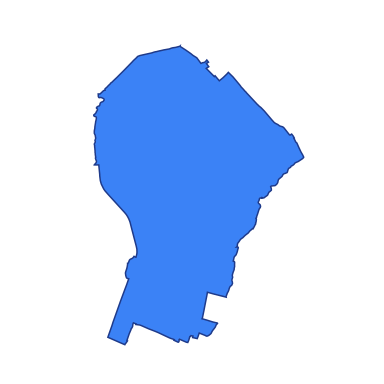 the district of Dimacheni, Botosani, Romania, rotated 256°
{"feature_id": "2599482B21601290195864", "entity_name": "Dimacheni", "entity_type": "district", "adm_level": 2, "iso_a3": "ROU", "parent_name": "Romania", "parent_adm1": "Botosani", "projection": "albers", "projection_center": [26.55, 47.903], "detail": "fine", "context": "isolated", "style": "filled", "palette": "blue", "viewbox_px": 384, "rotation_deg": 256, "n_neighbors": 0, "source": "geoboundaries", "source_scale": "gbopen_adm2", "svg_char_len": 6005}
<svg xmlns="http://www.w3.org/2000/svg" viewBox="0 0 384 384"><g transform="rotate(256 192 192)"><path d="M293.8,259.6L299.3,256.2L298.1,254.5L295.4,249.8L293.3,245.4L299.2,242.5L298.6,241.6L308.5,235.7L309.5,238.6L313.2,237.1L314.0,239.4L316.5,238.3L315.6,237.1L315.2,236.5L314.9,235.7L314.8,234.9L314.9,233.4L314.6,231.8L321.1,229.1L324.3,226.0L326.6,224.3L331.2,220.3L335.9,215.9L336.3,215.6L336.5,215.7L336.4,215.5L336.3,213.8L336.3,210.8L336.4,210.0L336.5,209.1L336.6,207.6L336.5,206.0L336.3,205.0L336.3,204.3L336.4,203.1L336.7,198.9L336.7,197.4L336.8,194.0L336.8,191.5L336.9,190.3L336.9,189.0L336.7,186.6L336.8,182.7L336.9,179.2L337.0,174.4L336.7,172.2L336.5,171.7L336.0,171.1L335.1,169.5L334.0,167.5L333.7,166.9L333.1,166.1L326.4,155.3L323.3,150.1L321.3,146.8L319.9,144.3L319.2,143.1L317.8,140.7L317.3,139.3L317.2,139.2L316.9,139.0L316.6,138.6L315.5,136.6L314.6,135.3L313.2,132.7L312.9,132.4L311.8,132.3L311.8,131.4L311.8,130.9L311.7,130.6L309.5,126.7L309.4,126.4L309.5,125.9L309.8,124.7L307.2,124.2L306.7,124.3L306.3,124.4L306.1,124.6L305.9,125.0L305.8,126.5L305.3,127.2L304.7,128.0L303.9,128.8L303.4,129.1L302.9,129.1L302.5,129.0L301.7,128.1L301.4,127.7L301.2,126.9L301.1,125.7L300.8,125.2L300.7,124.8L300.5,124.6L299.5,123.9L299.1,123.8L298.8,123.7L298.1,123.0L298.0,122.7L297.9,121.6L297.6,120.8L297.4,120.6L297.3,120.0L297.1,119.8L296.4,119.6L296.2,119.7L295.7,120.2L295.3,120.3L294.7,120.2L294.2,119.9L293.9,119.7L293.4,118.9L293.0,118.6L292.5,118.4L291.8,117.6L291.2,116.7L290.5,115.3L290.1,115.2L289.4,115.3L289.1,115.6L288.8,115.9L288.6,116.5L288.4,116.8L287.9,117.1L287.3,117.2L286.8,117.1L284.5,116.1L284.0,115.7L282.9,115.3L278.9,113.6L277.0,113.0L276.1,112.5L275.7,112.4L274.8,111.9L274.0,111.8L273.1,111.5L272.6,111.4L272.0,111.5L270.5,111.8L269.8,111.8L268.7,111.6L268.3,111.7L267.8,111.6L267.3,111.5L266.7,111.1L265.4,110.3L264.5,110.4L263.7,110.1L263.2,109.7L262.6,109.1L262.1,108.8L261.2,108.7L260.4,108.8L259.3,108.4L258.4,108.4L256.8,108.1L255.4,107.9L253.7,107.5L253.0,107.5L251.6,107.2L249.4,107.0L249.0,107.0L248.7,106.9L248.5,106.6L248.3,106.5L247.3,106.5L246.1,106.6L245.1,106.8L244.1,106.4L243.7,106.1L243.1,105.4L242.7,104.8L242.1,103.8L241.9,103.7L240.8,108.1L231.4,106.7L230.0,106.4L225.2,105.8L221.7,105.9L217.4,106.8L215.9,107.2L214.1,107.9L210.2,109.9L188.5,121.6L186.0,122.8L183.9,123.5L181.5,124.1L178.7,124.5L177.5,124.6L173.9,124.6L172.1,124.6L152.9,124.8L149.9,124.7L147.5,124.2L146.0,123.8L144.5,123.1L142.3,121.8L142.9,120.9L143.6,120.2L142.8,119.3L142.6,119.1L142.0,117.8L141.8,116.4L141.6,115.7L141.2,115.0L140.7,114.5L140.1,114.2L139.3,113.5L138.7,113.2L138.4,112.7L138.4,112.2L137.7,112.1L136.7,111.7L135.3,111.1L133.7,110.3L130.5,108.3L129.5,107.8L127.7,107.6L127.0,107.5L125.2,107.6L124.6,107.7L124.0,108.1L123.1,109.6L117.6,106.0L114.6,103.9L103.8,96.5L84.5,83.7L82.0,82.2L71.4,75.2L62.6,86.6L60.1,89.9L61.1,90.8L61.6,91.7L62.7,92.8L63.1,93.3L63.5,92.8L69.8,96.9L73.2,99.5L74.0,99.9L74.2,100.1L74.2,100.3L75.4,101.5L76.0,101.9L77.9,102.6L78.3,102.8L79.2,103.5L77.5,105.9L77.0,105.5L75.6,109.1L74.8,110.3L69.7,116.9L65.9,122.3L63.6,125.4L58.2,132.0L56.1,134.6L54.9,136.2L54.1,137.6L53.0,139.1L52.5,138.6L49.6,142.2L49.6,142.5L49.8,142.9L50.0,143.1L50.7,143.5L51.5,143.6L51.9,143.8L52.2,144.2L47.6,150.2L47.0,151.5L48.4,152.6L50.1,153.7L52.1,154.8L52.3,155.0L52.3,155.4L52.2,155.7L52.9,156.2L52.0,158.1L50.6,157.4L48.5,161.6L50.5,163.0L53.4,164.9L49.4,170.4L48.8,170.9L48.6,171.4L48.5,172.3L48.8,173.5L49.0,174.1L50.0,176.1L50.8,176.9L51.4,177.3L52.6,178.5L53.2,179.3L54.2,180.6L55.4,182.0L57.2,183.3L58.1,184.7L58.3,185.0L58.5,185.0L58.9,184.7L59.2,184.0L59.9,182.6L60.9,180.7L64.3,175.1L66.6,171.1L67.0,171.5L67.6,171.8L73.9,174.8L78.2,176.8L88.9,181.8L91.0,182.7L88.0,188.0L81.7,199.7L82.0,199.7L82.5,199.9L85.6,202.0L86.6,203.0L87.8,203.9L88.7,204.4L89.4,204.8L90.1,205.3L91.2,206.3L91.8,207.8L92.2,208.2L93.5,209.2L95.1,209.4L96.2,209.3L96.9,209.4L97.4,209.6L98.4,210.2L99.6,210.9L100.3,210.8L101.6,211.0L103.9,212.3L106.5,214.1L108.0,214.6L109.3,215.3L111.1,215.7L113.6,216.4L114.0,216.3L114.4,216.1L114.7,215.3L115.3,215.4L115.9,215.8L118.2,216.9L119.0,217.5L120.3,219.5L121.1,220.1L123.0,221.4L125.5,222.7L126.1,223.1L126.7,223.4L127.1,223.4L127.4,223.3L127.6,223.0L127.8,221.9L128.2,222.6L128.8,222.9L130.7,223.6L131.3,224.1L132.5,225.6L134.3,227.6L134.5,228.0L134.6,228.3L135.0,229.2L135.4,230.3L136.8,232.6L137.4,233.8L138.6,236.6L140.3,238.8L141.1,240.6L141.4,241.2L141.9,241.9L141.5,242.3L142.3,243.1L144.0,244.6L144.6,245.0L145.4,245.9L145.9,246.2L146.3,246.1L146.8,246.3L147.2,246.8L149.6,247.8L150.3,247.9L150.6,247.9L150.8,247.6L151.1,247.7L151.5,248.3L151.9,248.6L152.7,248.9L154.6,250.2L158.4,252.5L159.6,253.4L160.3,254.4L161.3,255.0L162.3,255.1L163.2,255.0L164.9,253.9L165.5,253.7L166.0,253.8L166.7,254.2L167.3,254.8L168.2,255.4L168.9,255.6L169.4,256.2L169.7,256.7L169.5,257.5L169.1,257.9L169.0,258.3L169.7,258.3L169.8,258.4L169.5,258.9L168.9,259.9L168.9,260.4L169.8,262.5L170.2,263.6L170.7,264.6L173.1,266.5L173.7,267.9L174.5,269.4L175.5,269.7L176.7,269.8L177.6,269.6L178.2,269.6L178.6,270.3L178.3,272.9L178.1,274.0L178.5,275.1L179.3,276.4L180.3,277.4L182.7,278.6L183.5,279.4L185.1,282.7L185.6,283.4L187.0,284.6L187.4,285.6L187.5,286.5L187.5,287.3L187.7,287.9L187.8,288.8L188.2,289.3L190.9,290.9L191.6,291.7L191.9,292.9L192.0,293.1L192.1,293.6L192.8,294.1L193.2,294.7L193.2,295.2L193.4,295.9L193.6,296.5L194.1,297.6L194.8,298.4L195.2,299.0L195.5,300.1L195.9,302.5L196.4,303.9L197.6,307.3L198.5,308.7L199.0,308.8L201.4,308.3L204.5,307.4L209.5,306.4L214.2,305.6L215.2,304.9L215.7,304.7L217.4,304.4L219.6,303.8L219.7,304.3L221.9,303.7L224.1,302.7L224.0,302.2L223.5,301.1L223.6,300.8L223.8,300.5L224.1,300.3L231.9,296.8L232.7,296.3L233.4,295.6L234.6,293.5L235.2,292.8L236.7,291.6L238.2,289.8L239.5,288.6L242.5,287.0L253.0,281.8L257.3,279.3L259.2,277.8L260.2,277.3L260.8,276.8L275.2,268.8L276.0,268.5L277.0,267.8L279.4,266.6L282.4,264.9L282.9,264.8L284.3,264.2L293.8,259.6Z" fill="#3b82f6" stroke="#1e3a8a" stroke-width="1.5"/></g></svg>